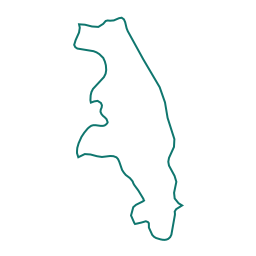 the border of Qacha's Nek, rotated 273°
{"feature_id": "LSO-1214", "entity_name": "Qacha's Nek", "entity_type": "District", "adm_level": 1, "iso_a3": "LSO", "parent_name": "Lesotho", "parent_adm1": "", "projection": "mercator", "projection_center": [28.653, -29.956], "detail": "fine", "context": "isolated", "style": "outline", "palette": "teal", "viewbox_px": 256, "rotation_deg": 273, "n_neighbors": 0, "source": "natural_earth", "source_scale": "10m", "svg_char_len": 1628}
<svg xmlns="http://www.w3.org/2000/svg" viewBox="0 0 256 256"><g transform="rotate(273 128 128)"><path d="M206.5,134.0L197.3,139.7L170.4,157.5L155.5,163.6L140.2,167.0L119.3,174.9L111.5,174.9L100.3,170.5L96.4,170.0L92.6,170.9L82.6,177.0L76.8,179.1L65.7,177.4L60.1,178.3L55.5,182.4L53.5,186.1L49.5,180.4L48.3,179.7L46.9,179.0L45.5,179.3L43.8,179.4L23.7,176.9L21.2,175.8L19.4,174.0L18.6,172.3L18.2,170.5L18.2,168.5L18.5,166.3L19.6,161.8L20.7,159.7L22.5,157.8L29.6,154.1L34.0,153.8L35.1,152.8L35.8,150.7L34.2,146.1L32.5,140.0L33.6,139.2L40.8,135.6L49.2,137.4L51.7,140.0L55.5,146.7L56.4,147.8L57.0,147.4L58.0,147.1L66.1,141.6L71.2,137.4L72.4,136.6L73.5,136.0L74.8,135.5L76.2,134.3L78.1,132.5L81.0,128.2L83.3,126.1L85.8,124.3L93.7,121.1L96.4,119.7L98.1,118.0L99.1,114.9L99.1,111.6L97.7,103.5L98.2,98.5L99.6,91.9L99.7,86.2L96.2,79.9L100.2,78.4L102.4,78.3L105.5,78.4L110.2,79.5L116.7,82.0L121.1,84.6L125.4,87.8L127.0,89.5L128.3,91.2L129.0,93.2L129.1,95.6L128.7,100.6L128.8,102.8L129.3,104.5L130.4,105.9L131.7,107.0L132.7,107.4L135.7,106.1L137.4,104.3L138.8,102.4L140.5,100.8L142.7,99.7L144.9,99.8L147.1,100.6L149.3,100.8L151.6,99.6L153.5,96.2L152.8,92.9L151.4,89.6L151.7,89.5L153.9,89.0L158.6,89.0L162.0,89.6L165.2,91.0L177.6,101.3L181.1,102.8L184.8,103.2L189.5,102.6L193.2,101.4L196.7,99.6L200.3,95.5L201.9,92.6L202.9,89.6L204.7,73.2L206.0,71.1L208.2,69.9L213.0,71.1L220.8,74.1L225.6,74.6L229.0,73.7L228.9,79.6L227.5,86.7L227.4,93.1L230.7,97.8L233.7,100.1L234.3,102.0L234.2,104.4L234.7,108.2L237.2,113.3L237.8,115.9L236.3,118.2L233.6,119.6L227.5,121.4L224.7,122.7L206.5,134.0Z" fill="none" stroke="#0f766e" stroke-width="2"/></g></svg>